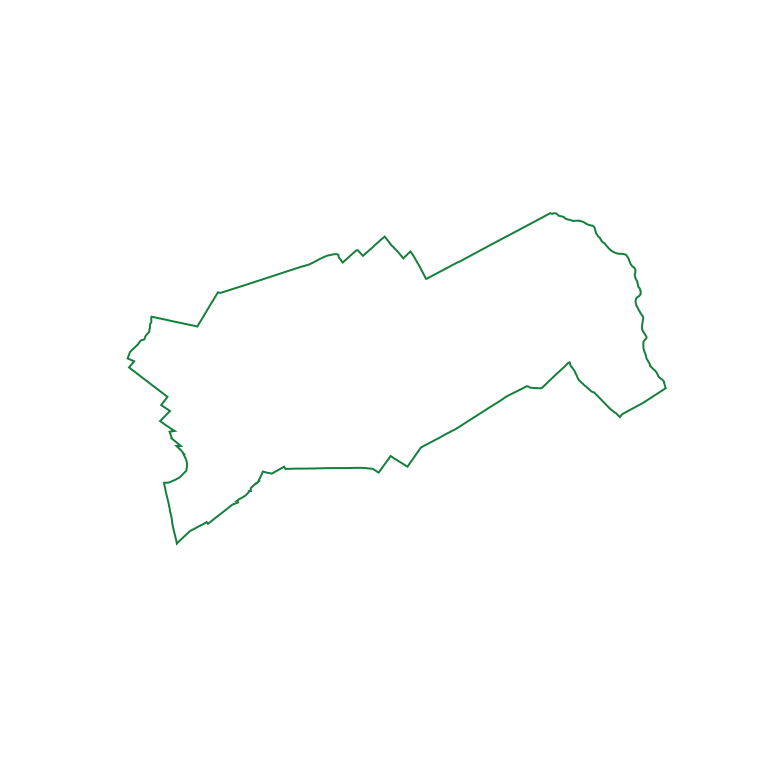 outline of Aljojuca, Puebla, Mexico, rotated 128°
{"feature_id": "50627088B67825274215435", "entity_name": "Aljojuca", "entity_type": "district", "adm_level": 2, "iso_a3": "MEX", "parent_name": "Mexico", "parent_adm1": "Puebla", "projection": "robinson", "projection_center": [-97.52, 19.106], "detail": "fine", "context": "isolated", "style": "outline", "palette": "green", "viewbox_px": 768, "rotation_deg": 128, "n_neighbors": 0, "source": "geoboundaries", "source_scale": "gbopen_adm2", "svg_char_len": 6142}
<svg xmlns="http://www.w3.org/2000/svg" viewBox="0 0 768 768"><g transform="rotate(128 384 384)"><path d="M511.6,409.3L510.9,408.6L509.4,406.8L507.5,404.4L504.2,400.5L503.7,399.7L499.7,394.7L498.4,393.0L497.2,391.6L496.2,390.4L494.8,388.5L494.3,387.9L492.9,386.1L492.0,385.2L485.8,377.6L481.7,372.5L472.6,360.9L467.1,354.2L463.9,350.0L463.6,349.6L462.5,348.2L461.0,345.8L457.8,340.6L457.7,340.3L457.3,335.0L457.1,333.7L451.6,333.8L451.3,333.9L436.7,334.4L436.6,333.6L436.5,332.7L436.4,330.4L436.3,328.9L436.0,327.4L436.0,326.7L435.9,325.8L435.7,323.9L434.7,314.6L411.7,315.8L411.0,315.7L401.9,311.6L396.3,309.1L394.2,308.1L385.0,304.2L380.2,302.0L379.8,301.9L378.8,301.4L375.9,300.0L373.2,299.0L371.1,298.2L360.4,294.5L357.2,293.3L354.9,292.6L354.0,292.2L348.9,290.4L347.0,289.8L343.7,288.6L340.7,287.5L340.4,287.4L339.9,287.3L333.3,284.9L330.6,283.9L327.1,282.6L321.4,280.7L321.0,280.7L316.9,279.1L305.6,273.7L297.8,270.1L297.2,268.8L297.0,267.0L296.7,266.2L294.7,263.2L291.0,258.0L290.4,257.4L289.8,257.1L270.3,254.3L259.7,252.5L256.9,252.1L254.1,251.9L252.7,251.1L254.6,248.2L255.0,247.3L255.1,246.9L255.1,246.3L255.3,245.6L255.6,244.6L256.1,243.1L256.7,241.2L257.6,239.7L258.3,238.3L258.6,237.5L258.8,237.1L259.1,236.7L259.4,236.3L259.5,236.0L260.3,234.4L260.9,233.0L261.1,231.8L261.4,227.2L261.7,225.3L261.7,224.3L261.5,223.5L261.8,221.8L261.9,219.8L262.0,218.4L262.1,216.5L262.0,215.2L261.9,214.7L261.3,213.7L261.6,211.4L261.7,209.7L262.2,206.2L262.8,201.9L264.0,193.1L264.3,191.0L264.4,189.5L264.3,188.5L264.4,187.8L264.4,185.0L264.1,183.1L264.3,182.0L264.9,177.8L261.0,177.7L239.8,168.4L213.9,159.4L213.6,160.1L212.7,160.9L212.1,162.0L211.5,162.7L210.8,163.9L209.8,164.7L209.4,166.1L209.2,168.2L209.3,169.6L209.3,171.6L209.0,172.8L208.5,173.2L208.0,174.4L207.1,176.4L206.9,177.5L206.5,178.6L206.5,180.1L206.4,181.7L206.1,183.5L206.0,185.4L204.9,186.5L204.2,187.9L203.7,189.3L202.8,191.4L202.3,192.9L201.1,194.2L200.3,195.3L199.5,196.5L198.1,198.7L197.5,199.7L196.6,200.9L195.8,201.8L194.5,202.9L193.8,203.4L193.2,204.1L191.2,205.4L189.9,205.6L187.8,205.6L186.7,205.4L186.0,205.6L185.4,206.0L184.8,207.2L184.3,208.4L184.1,209.3L183.6,210.2L183.2,211.8L182.0,214.3L181.1,215.0L180.0,216.0L178.4,217.0L172.9,220.0L172.3,220.4L171.6,221.2L171.2,222.0L171.0,222.9L170.7,224.0L170.2,225.7L169.6,226.7L169.1,228.3L168.6,229.1L168.0,230.6L167.4,231.7L166.8,233.4L165.9,234.6L165.1,235.5L164.4,236.4L163.3,237.1L161.2,238.0L160.3,237.9L159.6,237.8L158.3,237.2L156.8,237.0L156.3,237.1L155.5,237.0L155.4,237.1L154.3,237.7L153.5,238.4L152.6,239.1L152.4,239.7L151.5,240.8L151.1,241.8L151.0,242.6L150.9,243.3L150.0,244.3L149.2,245.2L148.5,246.3L147.4,247.3L146.4,249.8L146.0,250.5L145.6,251.1L145.1,252.0L144.0,253.3L143.6,253.6L141.9,254.4L139.5,255.8L138.2,258.4L138.4,259.5L138.2,261.6L137.8,262.9L137.3,264.1L136.4,265.6L135.5,267.3L134.6,268.4L134.0,270.3L133.5,271.4L133.3,273.1L133.6,274.2L134.3,275.6L134.6,276.2L135.3,277.0L135.9,278.0L136.4,278.7L137.0,279.4L137.5,280.5L137.9,281.4L138.4,283.1L138.7,284.6L138.9,285.7L138.9,287.4L138.9,288.3L138.8,290.2L138.4,291.8L138.2,293.5L137.7,295.3L137.6,295.6L137.3,296.9L137.6,298.1L137.4,300.3L137.3,300.8L136.7,302.1L136.4,303.0L136.0,303.9L135.9,306.1L135.2,307.5L134.8,309.4L134.0,310.6L133.0,311.9L131.9,313.3L130.8,315.0L130.7,316.8L131.3,317.8L132.6,320.7L133.1,322.6L133.3,324.7L133.6,326.8L134.2,328.3L134.8,330.1L135.8,331.6L137.4,333.5L138.1,334.3L139.4,335.7L139.5,336.9L141.2,340.5L142.0,343.0L141.7,345.3L142.9,347.9L143.8,349.8L143.6,352.7L144.0,354.0L144.7,355.2L146.2,356.0L147.0,357.7L147.0,358.1L176.5,371.2L200.4,381.9L202.6,382.9L220.5,390.8L241.5,400.0L243.2,401.1L243.7,401.3L274.4,415.0L275.3,415.8L274.5,417.3L269.3,428.7L267.9,432.2L264.5,440.5L263.3,444.8L272.6,446.1L273.1,446.1L271.3,454.5L270.9,457.2L270.5,460.4L270.2,461.0L270.3,462.9L268.5,469.6L267.4,474.2L271.3,475.1L275.8,475.8L277.7,476.2L281.1,476.9L282.4,476.9L296.0,479.5L294.7,487.2L295.9,488.1L312.8,491.2L313.7,491.3L313.5,492.6L313.2,493.4L312.7,494.5L312.6,495.6L312.4,496.4L312.1,497.0L312.0,497.5L311.8,497.8L311.1,498.6L310.9,499.2L310.7,499.3L310.3,499.5L310.5,500.7L311.8,502.4L312.8,503.6L314.7,505.1L316.5,506.6L317.3,507.4L319.0,508.4L320.1,509.1L325.1,511.6L331.9,514.6L335.6,516.4L340.3,519.6L341.8,520.9L350.1,526.5L356.0,530.5L360.5,533.5L375.9,543.8L384.3,549.5L390.9,553.9L396.7,557.9L412.7,568.8L414.0,570.8L414.0,571.3L425.8,569.9L428.3,569.6L430.3,569.4L431.8,569.1L433.4,569.0L437.3,568.5L446.1,567.4L453.7,566.5L454.8,569.1L456.8,573.1L464.2,588.2L469.2,598.7L474.1,608.6L475.0,608.1L476.2,607.4L477.3,606.3L478.6,605.4L480.1,605.3L481.5,604.8L482.9,603.8L484.0,602.9L484.6,602.7L485.7,602.4L486.2,601.8L487.7,601.2L488.6,601.1L489.6,601.3L491.6,601.4L492.9,601.4L494.5,601.0L496.1,600.4L496.5,600.4L496.9,600.6L499.1,602.3L500.2,602.5L500.8,602.5L501.7,602.4L504.7,602.3L508.5,602.9L511.4,603.4L515.4,603.8L521.7,601.7L519.9,594.9L527.9,595.1L527.9,589.1L527.8,586.4L527.8,577.7L527.7,572.5L527.7,568.9L527.6,559.7L527.5,555.6L527.5,553.7L527.5,552.9L527.4,546.7L537.8,546.6L537.0,536.0L551.1,537.6L550.8,532.6L550.8,531.6L550.5,526.8L550.3,523.9L549.9,520.1L550.2,520.4L553.6,523.6L557.3,517.8L557.6,517.9L557.9,506.0L560.6,509.3L561.3,502.4L561.7,501.3L562.3,498.7L562.6,499.1L565.3,493.5L567.3,491.0L569.4,489.0L574.1,486.4L583.3,487.5L588.0,489.5L593.7,492.6L594.4,493.2L595.1,493.8L597.2,496.5L597.4,496.6L600.6,492.6L604.1,488.6L610.6,480.3L613.4,477.2L613.8,476.5L616.5,473.7L618.6,470.8L619.3,470.1L622.6,466.4L623.1,466.0L623.6,465.7L624.5,464.6L626.2,462.7L628.8,459.5L629.2,459.1L630.3,457.6L635.0,451.6L637.3,449.0L636.2,448.9L631.7,448.3L622.2,446.8L619.8,446.4L619.5,446.4L618.0,445.8L617.8,445.7L616.4,445.0L611.4,442.8L607.4,441.0L605.6,440.1L602.0,438.7L602.5,436.6L590.4,433.7L590.1,433.6L578.3,430.6L572.4,429.2L567.2,426.1L566.5,427.2L566.1,427.7L566.2,427.8L563.5,427.0L563.1,426.7L557.4,424.5L553.1,424.0L552.2,424.2L551.7,424.6L550.3,423.0L548.5,424.7L547.6,424.9L540.9,423.7L540.9,423.2L537.6,422.7L537.8,423.2L530.2,424.8L527.8,425.6L527.4,425.3L526.3,422.4L523.6,417.2L510.7,411.8L511.6,409.3Z" fill="none" stroke="#15803d" stroke-width="2"/></g></svg>